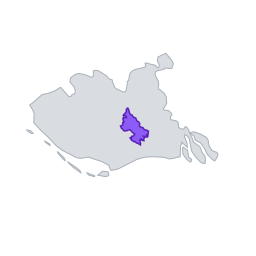 Netherlands, with Utrecht highlighted, rotated 229°
{"feature_id": "NLD-3484", "entity_name": "Utrecht", "entity_type": "Province", "adm_level": 1, "iso_a3": "NLD", "parent_name": "Netherlands", "parent_adm1": "", "projection": "robinson", "projection_center": [5.188, 52.113], "detail": "fine", "context": "in_parent", "style": "filled", "palette": "violet", "viewbox_px": 256, "rotation_deg": 229, "n_neighbors": 0, "source": "natural_earth", "source_scale": "10m", "svg_char_len": 4954}
<svg xmlns="http://www.w3.org/2000/svg" viewBox="0 0 256 256"><g transform="rotate(229 128 128)"><path d="M159.6,205.6L155.3,205.5L151.2,205.4L149.0,205.1L146.7,204.3L145.7,202.6L144.4,200.6L144.7,199.4L148.5,195.8L149.1,194.8L148.7,194.3L149.1,192.8L152.0,187.5L152.4,185.4L151.1,183.9L149.2,183.0L143.0,181.4L140.1,179.2L138.7,177.3L137.3,176.8L135.3,177.4L130.2,178.1L126.1,177.1L121.2,173.4L120.1,170.2L119.5,167.7L118.2,166.8L116.6,168.1L114.5,170.1L110.4,170.4L109.2,169.9L109.0,168.8L108.8,167.7L107.7,166.4L106.5,165.6L101.2,169.4L99.3,169.4L96.9,167.9L95.7,166.5L93.0,167.3L90.6,169.1L91.4,172.3L90.1,172.9L87.1,172.6L83.8,171.3L80.0,170.5L74.4,168.2L66.5,170.0L61.0,167.9L56.4,167.6L53.6,165.9L50.6,162.9L52.7,161.0L54.9,160.3L63.2,160.0L69.3,161.1L80.2,167.5L82.9,167.5L85.8,166.7L84.4,164.9L81.6,164.1L77.6,162.4L74.4,160.0L82.0,159.2L80.9,157.9L79.9,155.8L72.0,148.4L73.4,146.4L75.4,142.1L77.9,138.5L79.9,137.5L83.2,135.0L90.4,127.5L95.0,121.5L98.4,114.3L103.4,94.4L104.8,91.1L107.2,87.3L110.2,88.0L112.3,89.1L119.6,86.3L132.2,78.9L135.9,72.6L139.5,69.6L153.9,63.9L161.8,62.2L174.1,61.7L183.0,60.7L193.6,60.3L197.7,63.9L200.1,66.5L203.9,67.9L209.8,68.9L209.5,74.0L209.6,84.2L209.2,86.0L206.6,90.3L203.9,97.9L203.2,103.0L202.4,103.9L191.2,103.9L189.6,104.8L189.3,105.9L189.9,107.2L189.7,108.5L188.8,109.5L189.3,111.2L191.3,113.1L194.8,114.3L198.6,114.4L200.6,114.2L202.0,115.5L203.5,117.6L203.4,120.2L202.9,123.8L201.1,127.1L196.0,130.8L193.6,132.1L191.5,132.8L190.4,133.8L189.9,135.1L190.1,136.2L193.8,139.2L193.7,139.9L192.7,141.5L191.2,143.0L181.7,146.0L177.7,145.8L175.5,147.3L174.8,147.6L172.3,146.2L166.7,144.6L164.6,145.1L163.4,146.0L159.9,147.1L157.4,148.8L157.4,151.0L161.9,156.6L163.5,157.7L163.6,159.8L165.8,162.4L168.0,165.7L168.2,167.9L168.0,170.0L166.9,173.0L163.0,180.0L163.0,181.4L163.3,182.4L164.7,182.7L165.7,183.3L165.4,184.2L158.2,189.1L157.2,189.9L154.2,189.7L153.7,190.5L154.1,191.8L155.3,193.0L157.9,193.6L160.1,194.9L161.9,197.3L159.6,205.6ZM83.8,171.3L83.1,173.3L81.4,175.6L75.7,178.8L69.8,180.9L66.7,180.7L64.7,179.6L63.5,178.4L60.4,177.3L56.0,176.7L53.3,177.9L51.4,179.1L49.7,178.9L48.4,177.9L47.5,176.4L46.2,171.8L49.5,170.9L56.5,170.6L61.9,172.2L69.1,173.0L74.6,170.8L78.8,172.7L83.8,171.3ZM72.0,152.2L76.2,155.2L77.1,156.1L77.4,157.1L72.1,158.3L66.5,154.7L62.7,155.5L61.3,153.8L61.3,152.7L65.2,151.8L72.0,152.2ZM112.2,80.3L108.0,84.2L105.4,83.1L104.7,82.2L106.0,79.2L112.2,74.2L112.2,80.3ZM130.8,63.3L126.8,63.7L125.1,63.0L134.5,60.8L140.5,60.2L141.6,60.5L130.8,63.3ZM156.2,59.4L147.9,60.2L145.1,59.6L144.6,59.0L146.9,58.6L154.0,58.5L156.2,59.0L156.2,59.4ZM121.6,67.5L113.8,71.5L113.1,70.9L118.2,67.4L121.6,67.5ZM190.1,52.7L186.2,52.9L187.3,51.4L190.9,50.4L192.9,50.4L190.1,52.7ZM173.2,56.6L167.3,58.4L165.9,58.0L166.2,57.5L171.4,56.3L173.2,56.6Z" fill="#d9dde1" stroke="#a8b0b8" stroke-width="1"/><path d="M134.4,123.7L134.1,124.8L133.9,125.7L133.8,126.3L134.1,126.6L135.6,127.6L135.5,128.1L135.4,128.3L135.1,128.5L135.3,129.0L136.3,129.3L137.2,129.5L137.5,129.6L137.8,130.1L138.0,130.2L138.3,130.4L138.7,130.7L138.8,130.8L138.8,131.0L138.6,131.3L138.6,131.7L138.6,131.9L138.6,132.0L138.1,132.0L137.8,132.5L137.6,133.1L137.4,133.3L137.2,133.5L136.9,133.7L137.0,133.8L138.3,134.4L138.6,134.3L139.1,134.0L139.4,133.9L139.6,133.9L139.7,133.7L139.9,133.4L140.0,133.2L139.8,132.6L140.5,132.5L140.9,133.6L140.9,133.9L141.0,134.2L141.0,135.5L141.3,137.1L141.9,137.9L142.8,138.6L143.0,139.1L143.2,139.3L143.3,139.6L143.4,139.8L143.3,140.7L143.2,140.9L141.8,140.7L138.5,139.1L136.6,138.8L136.1,138.9L135.3,139.4L134.9,139.6L134.4,139.5L133.3,139.2L132.3,139.4L131.1,140.1L130.2,140.3L127.8,139.3L127.2,139.4L126.4,139.9L125.4,140.0L124.7,139.9L124.3,139.9L123.5,139.6L123.1,139.2L122.5,138.4L122.0,138.0L121.4,137.9L121.0,138.1L120.6,138.3L119.7,138.5L119.3,138.8L118.7,139.4L118.2,139.5L116.5,139.2L116.4,139.3L115.0,139.9L113.8,140.9L113.4,141.0L112.4,141.0L112.1,141.3L111.2,140.2L109.8,138.8L109.5,138.3L109.6,138.2L109.9,138.1L110.2,138.0L110.7,137.7L110.5,137.1L108.6,137.3L108.4,136.9L109.8,135.3L111.4,134.7L111.7,134.3L109.8,134.3L109.3,132.3L108.6,132.1L108.0,131.7L108.3,131.5L109.3,130.6L109.5,130.6L109.8,130.5L110.0,130.7L110.3,130.7L111.0,131.0L111.1,130.9L111.2,130.7L110.9,129.9L110.7,129.3L111.1,129.1L109.0,127.7L108.1,127.4L107.8,127.2L107.6,127.0L107.1,126.2L109.1,125.7L109.9,125.4L110.6,124.9L111.5,124.5L113.2,124.3L113.8,123.5L113.9,123.4L114.1,123.3L114.5,123.3L115.3,123.2L116.4,122.7L116.7,122.7L116.9,122.8L117.2,122.9L117.3,123.2L118.0,122.9L119.8,123.1L118.5,123.5L118.3,123.7L118.4,124.0L118.5,124.1L118.5,124.3L118.7,124.5L118.8,124.6L119.0,124.8L119.2,125.0L119.4,125.3L118.7,126.0L118.4,127.1L118.7,127.9L118.9,129.1L120.0,128.9L120.7,128.6L122.4,128.4L124.7,128.5L125.6,128.0L125.9,127.5L126.2,127.0L126.4,126.6L126.5,125.9L127.4,124.3L128.2,123.3L128.4,123.2L128.7,123.1L131.1,123.1L132.5,122.9L134.3,123.7L134.4,123.7Z" fill="#8b5cf6" stroke="#5b21b6" stroke-width="1.5"/></g></svg>